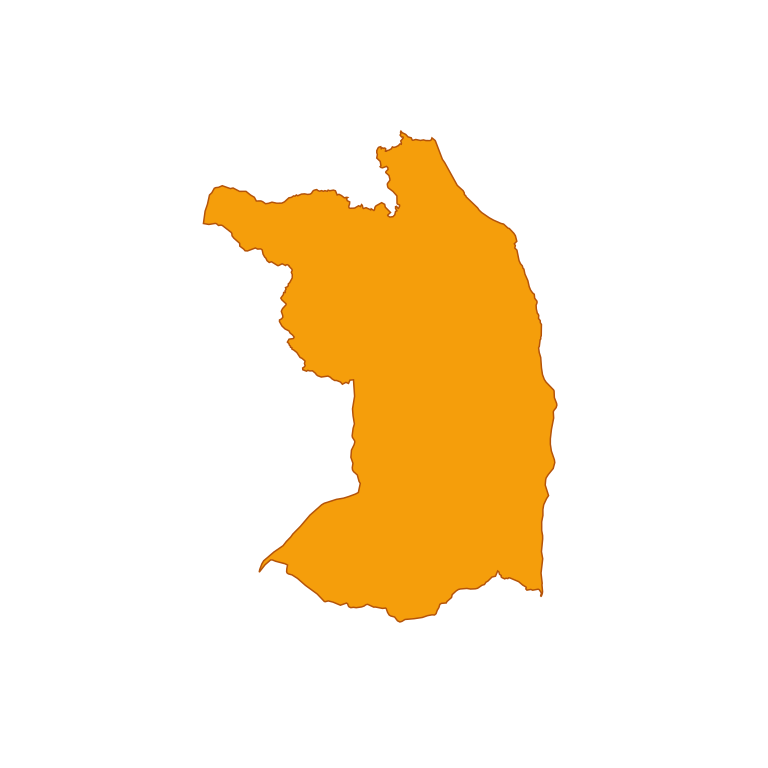 Cunday, Tolima, Colombia (Mercator projection), rotated 127°
{"feature_id": "7082276B4490552230449", "entity_name": "Cunday", "entity_type": "district", "adm_level": 2, "iso_a3": "COL", "parent_name": "Colombia", "parent_adm1": "Tolima", "projection": "mercator", "projection_center": [-74.711, 3.967], "detail": "fine", "context": "isolated", "style": "filled", "palette": "amber", "viewbox_px": 768, "rotation_deg": 127, "n_neighbors": 0, "source": "geoboundaries", "source_scale": "gbopen_adm2", "svg_char_len": 6171}
<svg xmlns="http://www.w3.org/2000/svg" viewBox="0 0 768 768"><g transform="rotate(127 384 384)"><path d="M338.1,637.1L346.6,633.2L353.6,630.9L364.5,624.8L362.0,619.9L357.3,615.4L356.8,614.3L357.0,611.6L355.2,609.8L354.7,608.5L354.9,597.3L355.3,596.2L357.1,594.5L357.9,591.6L358.5,584.0L360.7,582.1L360.7,577.3L361.2,575.1L359.9,573.1L352.8,568.6L352.3,566.1L350.3,563.8L350.2,562.0L353.1,558.7L354.4,555.8L354.6,554.1L355.9,551.6L356.0,548.8L354.1,547.5L353.4,540.1L352.9,539.5L349.3,537.7L348.6,533.9L347.6,533.8L346.8,532.9L346.7,530.9L347.1,530.7L347.8,526.6L348.5,525.7L350.5,525.3L351.8,523.1L354.6,521.1L360.1,520.3L361.5,520.7L363.2,519.6L364.5,519.7L366.3,520.7L367.2,519.3L369.1,519.1L369.9,518.1L370.6,518.1L370.7,518.8L371.3,519.2L373.1,518.2L377.5,518.1L378.3,516.2L378.9,510.5L379.6,509.9L384.8,510.4L387.0,510.0L387.9,509.6L390.1,506.3L391.5,505.0L393.6,505.0L395.7,506.0L397.0,505.1L399.1,500.4L399.6,496.2L398.8,491.8L399.8,489.7L399.9,486.6L400.5,484.2L401.1,483.8L402.4,483.9L405.3,486.8L408.7,486.4L408.9,484.3L409.9,483.0L410.1,481.5L410.9,480.8L410.5,479.4L411.5,478.6L411.2,476.6L411.3,472.6L413.3,467.0L412.9,465.1L413.1,461.3L413.3,460.8L415.5,459.9L416.8,458.0L418.2,457.9L420.2,458.6L421.5,457.4L420.4,453.6L419.0,453.1L418.1,451.0L416.5,449.1L416.7,444.9L417.2,443.9L417.3,442.0L416.2,438.3L411.4,433.5L410.9,431.0L411.2,428.7L410.9,425.6L409.7,423.9L408.6,420.0L409.2,417.1L405.6,415.4L404.9,412.7L401.4,413.5L399.0,410.9L411.5,400.1L422.8,394.2L428.0,389.6L433.7,383.6L438.0,382.0L444.5,378.3L445.6,377.1L447.1,373.2L447.9,372.4L450.3,371.4L456.4,370.2L462.5,366.3L466.0,361.1L469.9,359.0L471.5,357.5L472.3,355.6L472.7,350.6L476.8,345.3L477.7,343.1L486.1,339.2L489.1,340.6L495.2,344.5L499.5,347.6L504.8,352.6L515.3,360.0L518.0,361.1L533.2,364.2L548.2,365.1L558.6,366.5L562.2,366.4L568.5,367.2L573.9,367.3L584.4,370.8L597.6,373.7L601.1,373.3L607.0,371.6L609.4,370.4L599.9,370.2L592.8,368.7L591.7,367.3L590.8,363.9L587.1,354.8L586.6,352.1L589.9,350.5L592.4,348.9L593.2,347.8L593.2,346.1L591.8,342.6L591.3,336.1L592.1,325.6L591.9,311.0L593.6,300.8L593.2,299.9L590.8,298.0L588.9,293.5L586.9,285.7L581.5,282.1L581.5,280.7L582.7,278.9L583.0,277.8L582.6,275.9L580.7,274.0L579.4,271.6L575.6,267.8L573.4,266.3L571.1,265.6L569.8,264.5L568.4,258.0L567.2,256.5L564.1,250.1L562.0,247.9L562.0,247.1L564.3,243.6L565.4,240.8L565.2,239.0L563.7,235.3L565.0,230.7L564.5,228.1L562.9,226.9L559.4,225.5L553.3,218.7L547.4,212.9L542.8,209.8L539.5,206.8L538.0,204.6L536.1,204.2L532.7,205.3L529.6,205.6L526.4,206.8L524.6,206.1L521.4,202.5L519.9,202.8L513.8,201.6L511.2,202.8L505.7,201.8L503.3,200.9L501.7,199.6L497.4,194.8L495.6,191.4L492.6,187.8L490.8,186.3L485.7,184.6L483.7,183.1L481.0,183.3L478.9,182.4L473.2,181.6L470.4,179.3L464.9,180.7L465.0,179.1L466.4,177.3L466.4,175.1L467.5,174.4L467.6,173.1L467.0,170.3L465.7,169.7L464.9,168.0L463.7,167.8L463.1,166.7L460.8,157.5L461.1,152.2L460.7,148.4L461.0,147.9L462.3,147.4L462.6,145.8L459.7,143.1L459.2,141.2L455.1,137.4L454.8,136.2L456.2,132.5L458.9,131.4L459.0,130.8L458.6,130.7L456.0,131.5L454.4,132.4L449.3,137.0L448.0,137.7L440.5,144.8L428.0,152.1L423.1,157.4L412.3,164.0L409.6,166.1L406.2,169.8L399.2,175.1L393.3,178.0L388.7,181.5L384.3,183.8L377.7,185.2L374.1,185.4L367.7,194.4L363.1,197.3L361.4,198.0L357.3,198.3L349.7,198.0L344.0,200.3L342.0,202.3L336.8,210.0L332.0,214.9L327.6,218.2L319.4,223.0L309.1,228.0L304.4,232.0L303.0,232.4L299.3,232.3L296.9,233.2L295.6,234.5L292.4,239.7L287.2,244.0L286.7,244.9L285.0,255.6L283.9,258.7L281.1,263.1L276.4,267.9L268.5,274.8L265.5,278.9L262.1,282.3L260.5,282.6L254.8,285.9L253.7,285.9L252.2,287.1L250.9,287.4L241.7,294.1L241.0,296.0L239.3,297.5L238.7,300.0L236.1,301.7L235.4,302.9L235.4,303.9L232.5,307.4L229.6,309.9L227.0,310.7L225.8,311.7L224.8,315.3L221.9,318.0L221.8,320.2L220.8,323.4L218.9,326.6L214.9,331.3L211.4,337.6L208.0,341.5L208.0,342.5L206.4,344.7L205.8,347.4L204.2,350.4L197.1,358.4L196.7,361.4L194.4,362.4L193.6,364.3L190.1,363.8L186.5,368.3L185.5,371.0L184.4,377.5L184.9,378.8L184.3,384.7L185.4,387.3L187.2,395.0L187.9,399.9L188.3,409.1L187.9,412.6L187.0,415.3L185.1,431.0L184.5,431.9L184.3,433.8L183.0,435.0L182.0,437.2L181.3,445.0L170.7,468.7L169.4,472.6L158.9,489.3L158.7,490.3L158.6,493.8L160.5,493.2L161.9,493.7L164.4,497.1L165.3,499.4L167.6,501.5L169.6,505.8L172.0,507.6L172.2,508.2L171.0,510.4L172.2,513.5L171.6,516.9L172.3,520.7L171.9,522.6L172.9,522.4L173.8,521.3L175.5,520.9L176.2,518.7L175.3,517.6L175.5,517.1L176.4,516.7L179.8,516.9L181.2,515.0L182.1,514.5L182.6,515.7L185.0,516.0L187.5,517.2L189.1,518.5L189.6,520.0L191.7,519.7L194.3,520.8L195.7,522.0L196.6,522.1L197.2,522.9L195.1,524.2L195.0,524.9L195.4,525.9L196.1,526.2L196.5,527.6L197.7,527.8L196.4,529.4L197.9,530.6L199.2,530.8L202.0,530.2L203.7,528.9L204.7,527.4L207.9,525.8L208.5,521.0L211.4,517.9L212.8,517.9L212.9,516.7L212.3,515.3L208.7,513.0L208.9,511.2L210.2,509.9L213.2,510.3L214.1,509.8L214.5,505.5L216.9,502.5L217.8,501.9L221.7,501.9L222.6,501.5L224.3,499.7L224.8,498.6L224.8,492.7L226.0,486.9L231.8,482.4L232.2,481.5L231.7,479.3L232.4,478.6L235.0,478.1L235.2,478.9L234.6,480.9L235.4,481.5L236.9,480.4L237.9,477.9L239.3,478.6L242.4,477.2L244.9,477.5L247.2,479.8L247.3,482.4L246.8,482.7L243.1,482.0L242.0,489.4L240.1,491.6L240.6,495.0L246.5,497.6L248.3,497.6L250.6,496.4L251.5,496.5L251.8,499.7L252.9,499.4L254.0,504.4L256.2,506.0L256.1,506.8L254.4,508.8L254.2,509.9L256.5,509.6L256.9,511.5L261.3,513.4L264.2,517.0L264.3,518.1L263.1,519.2L261.0,519.8L259.2,521.0L259.7,523.6L258.5,525.6L256.9,525.2L257.3,526.1L259.2,527.8L259.1,531.3L259.6,534.1L261.2,535.2L258.9,539.1L259.6,541.1L262.3,543.6L262.8,545.3L264.2,545.3L265.2,547.6L266.6,548.4L267.1,550.2L268.8,551.5L269.3,553.4L269.2,554.7L270.0,555.4L271.4,556.5L272.7,556.9L275.2,556.7L276.8,557.2L278.6,559.1L279.9,561.8L282.0,564.2L285.6,566.2L285.8,567.8L287.5,568.1L288.2,569.4L290.7,570.3L292.5,572.0L298.4,573.1L301.1,574.5L304.2,578.5L306.2,582.9L309.1,584.9L311.3,587.1L311.4,590.6L311.9,592.5L314.7,596.1L312.9,599.9L313.4,604.4L313.2,610.2L317.1,615.3L318.3,622.5L320.4,624.3L323.0,632.5L326.5,634.5L328.4,636.5L329.8,637.3L334.8,636.6L338.1,637.1Z" fill="#f59e0b" stroke="#b45309" stroke-width="1.5"/></g></svg>